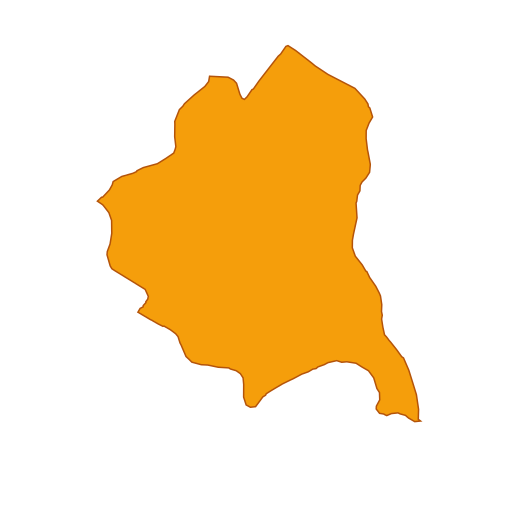 San José Pinula, Guatemala (orthographic projection), rotated 77°
{"feature_id": "79465075B29005595464714", "entity_name": "San José Pinula", "entity_type": "district", "adm_level": 2, "iso_a3": "GTM", "parent_name": "Guatemala", "parent_adm1": "", "projection": "orthographic", "projection_center": [-90.33, 14.549], "detail": "fine", "context": "isolated", "style": "filled", "palette": "amber", "viewbox_px": 512, "rotation_deg": 77, "n_neighbors": 0, "source": "geoboundaries", "source_scale": "gbopen_adm2", "svg_char_len": 2365}
<svg xmlns="http://www.w3.org/2000/svg" viewBox="0 0 512 512"><g transform="rotate(77 256 256)"><path d="M166.9,398.2L171.4,394.0L172.6,393.3L180.7,389.6L188.9,388.7L198.5,390.8L201.4,391.4L211.5,395.5L218.2,399.9L221.3,400.9L232.9,400.3L236.0,399.3L238.4,397.0L263.6,371.5L271.1,370.0L273.7,371.2L275.7,373.6L276.7,373.8L278.9,377.0L280.2,377.5L281.0,380.7L284.2,383.7L294.4,373.0L295.1,372.0L296.6,370.5L300.2,366.6L303.6,362.5L303.6,361.4L308.5,356.1L313.6,351.8L317.0,350.1L323.6,349.6L326.3,348.9L328.1,348.6L338.2,346.8L341.9,344.3L345.0,342.4L349.6,333.8L351.4,327.5L355.9,317.8L358.9,307.7L360.3,306.4L363.3,301.1L367.1,297.7L371.8,296.0L378.4,296.9L390.7,299.8L398.9,299.1L402.1,295.5L402.7,290.3L394.8,281.0L393.8,278.0L392.5,277.0L390.8,272.2L389.3,267.6L386.6,259.1L384.6,250.6L384.0,247.6L381.4,238.0L380.6,231.1L379.0,226.1L379.2,222.8L378.0,220.6L377.2,213.9L376.1,209.9L376.1,200.9L378.8,196.4L379.5,191.3L383.0,182.6L388.0,177.7L393.1,172.2L401.2,168.7L412.3,168.0L416.8,166.4L424.0,167.8L429.4,172.5L432.1,173.3L437.1,171.0L438.7,167.1L439.6,166.2L440.9,164.5L440.0,159.5L440.8,152.9L442.2,151.2L444.9,146.2L446.2,145.3L448.2,143.8L453.1,138.6L453.8,132.8L451.6,134.6L442.0,132.1L427.2,130.9L414.9,131.8L401.7,132.8L388.5,135.2L386.9,136.7L378.6,140.2L370.2,144.2L368.0,145.4L366.5,146.0L364.1,147.1L361.7,148.5L354.0,148.4L345.7,147.8L342.1,146.3L338.3,146.2L331.7,144.4L322.9,143.7L320.0,144.2L312.5,146.1L302.5,150.1L296.1,151.5L295.4,152.4L288.6,154.5L278.5,159.3L269.7,160.3L262.3,158.5L256.4,156.0L241.6,149.0L226.9,146.6L225.3,145.5L219.5,143.4L215.9,140.1L210.6,138.6L207.7,136.0L204.8,131.4L200.0,126.5L193.7,124.4L192.2,124.0L179.7,123.5L177.7,123.5L166.5,122.3L158.5,120.4L152.0,116.0L146.8,111.1L137.4,111.8L135.8,112.9L133.1,112.7L127.5,114.7L114.9,121.9L95.2,145.1L84.1,155.6L80.8,158.1L64.9,171.0L58.2,177.5L58.5,179.7L64.8,186.6L66.3,189.4L86.2,213.8L92.7,221.0L93.0,222.5L98.9,228.9L100.8,232.1L99.1,234.2L94.8,235.3L83.3,236.1L79.5,238.3L77.6,240.5L75.5,243.0L70.4,260.8L75.4,262.9L79.3,267.7L85.2,280.1L91.5,291.4L93.6,293.6L96.1,297.7L106.6,304.9L109.3,305.4L121.5,308.4L131.4,309.5L133.9,310.8L137.2,313.0L140.8,322.3L143.9,331.4L144.5,345.9L146.1,352.8L146.9,353.4L147.7,357.2L148.3,368.9L151.3,378.4L154.4,380.1L158.7,384.0L164.2,392.2L164.0,393.3L166.9,398.2Z" fill="#f59e0b" stroke="#b45309" stroke-width="1.5"/></g></svg>